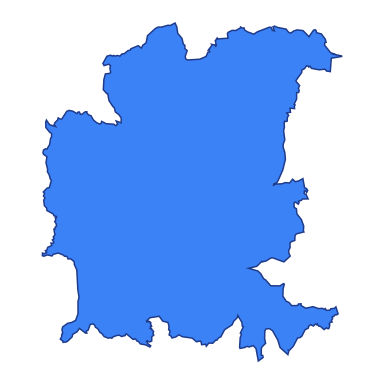 outline of Tapalpa, Jalisco, Mexico
{"feature_id": "50627088B26698937893318", "entity_name": "Tapalpa", "entity_type": "district", "adm_level": 2, "iso_a3": "MEX", "parent_name": "Mexico", "parent_adm1": "Jalisco", "projection": "albers", "projection_center": [-103.771, 19.947], "detail": "fine", "context": "isolated", "style": "filled", "palette": "blue", "viewbox_px": 384, "rotation_deg": 0, "n_neighbors": 0, "source": "geoboundaries", "source_scale": "gbopen_adm2", "svg_char_len": 5885}
<svg xmlns="http://www.w3.org/2000/svg" viewBox="0 0 384 384"><path d="M341.5,55.9L333.3,54.2L334.0,53.8L330.7,52.8L324.6,45.2L324.8,42.5L326.1,42.3L325.3,39.2L321.3,33.9L316.6,32.7L316.1,30.6L315.0,29.7L313.4,30.3L309.0,36.7L303.0,30.6L297.1,29.9L293.9,30.9L290.8,33.1L288.6,32.3L286.1,29.1L277.0,27.3L274.7,26.1L273.0,26.8L274.4,30.9L272.4,30.4L271.2,27.4L269.4,27.2L257.4,31.8L253.8,34.2L247.4,31.8L244.6,30.0L244.0,27.9L242.2,28.1L240.6,27.0L240.1,28.1L235.8,30.5L232.0,30.4L228.2,32.3L227.4,33.5L228.0,38.2L217.9,38.9L217.2,38.0L216.7,38.7L217.4,38.9L215.3,40.5L216.3,45.8L215.5,46.2L214.8,44.9L211.7,44.4L212.2,45.0L208.3,50.1L209.2,50.2L209.7,52.0L208.1,52.0L206.0,56.5L199.8,59.2L187.2,60.0L185.7,58.8L185.2,56.4L187.2,50.6L184.8,48.5L184.9,45.4L183.3,44.0L182.0,38.4L177.7,33.3L176.8,27.0L175.1,23.0L170.0,25.6L168.2,25.2L161.5,27.1L158.0,27.1L155.4,28.5L147.5,35.7L146.1,42.8L142.8,45.2L141.4,48.1L138.2,45.7L130.8,48.8L130.4,50.0L127.9,50.7L124.2,53.7L121.8,54.0L120.0,56.1L117.6,55.5L114.8,56.1L113.6,55.4L112.6,56.1L110.5,55.2L106.9,56.2L102.9,63.5L104.1,65.6L108.6,64.2L110.6,65.7L109.9,67.9L110.6,72.4L109.7,73.4L105.4,73.9L103.9,79.5L103.3,89.7L106.8,93.6L107.7,93.6L109.0,100.6L112.9,106.6L114.3,107.6L115.3,111.9L118.9,114.7L121.2,117.9L121.1,122.8L116.2,121.0L117.6,124.2L115.5,125.7L113.8,124.2L106.3,123.7L101.6,121.4L101.1,123.3L100.0,124.1L96.8,122.8L93.5,120.1L90.9,115.6L88.8,115.0L87.0,113.3L86.9,111.8L85.2,111.8L81.8,114.4L80.3,114.2L79.4,112.0L78.2,112.0L76.9,113.5L72.6,111.1L69.0,110.4L66.7,111.4L61.8,119.0L60.3,119.1L58.2,117.9L57.5,120.1L55.1,122.4L54.1,124.6L55.5,126.5L49.6,124.7L46.4,120.1L45.7,122.1L45.9,127.6L49.7,132.3L51.6,133.5L51.5,137.0L50.6,138.3L49.6,144.6L46.8,149.2L45.4,148.8L43.5,150.0L43.0,152.8L43.5,154.3L46.9,156.7L46.0,162.8L47.6,169.1L47.4,171.8L49.2,174.9L50.3,179.1L51.4,180.2L49.3,187.6L47.1,188.1L43.3,192.0L44.6,193.3L43.5,196.0L45.0,198.0L43.7,200.1L44.4,205.7L46.5,207.8L47.0,210.6L53.0,213.8L54.1,215.9L56.3,216.4L56.6,217.5L55.3,217.8L55.8,219.7L54.7,221.7L56.1,223.5L56.5,226.2L55.2,227.1L55.1,228.8L53.9,229.1L54.9,234.8L53.2,237.0L54.1,238.6L52.3,239.9L53.7,241.7L53.3,243.3L51.0,243.1L51.8,245.5L47.6,247.4L47.0,249.9L45.4,250.7L46.7,252.4L44.1,253.7L42.5,253.1L42.4,255.7L43.9,256.2L47.5,254.9L52.0,256.0L53.2,254.4L58.2,253.0L63.6,255.2L64.4,256.2L66.8,256.3L68.1,259.0L70.6,258.8L74.2,261.7L74.3,264.4L76.8,270.0L77.8,289.1L79.0,297.4L78.0,301.4L78.0,313.9L75.6,320.4L71.5,322.5L67.7,323.3L62.7,326.9L62.0,329.4L62.7,333.4L61.7,334.4L61.7,336.7L60.3,339.1L62.9,341.2L63.1,342.4L66.5,341.9L68.4,340.5L72.1,336.9L72.7,334.4L77.2,331.7L79.4,328.4L85.5,333.1L86.8,333.1L86.1,331.3L88.1,330.2L90.2,324.4L93.2,323.9L95.1,325.7L95.2,327.0L97.9,328.9L100.1,332.6L101.5,333.2L104.2,336.6L108.4,338.2L110.5,337.6L111.8,338.3L113.0,336.9L116.8,335.5L119.3,335.2L121.6,336.5L125.3,335.5L125.4,334.4L126.5,333.9L133.1,339.4L135.6,338.9L136.9,341.0L138.6,341.6L140.3,343.9L145.8,344.9L149.9,347.0L150.7,345.8L148.1,343.9L146.5,341.4L147.2,340.7L149.3,342.0L151.7,341.1L151.8,336.7L153.8,335.1L152.9,333.4L153.6,331.8L152.7,330.2L151.7,329.9L151.6,328.8L150.1,328.4L150.8,327.5L150.5,326.5L151.6,326.3L150.4,323.5L150.9,322.8L149.8,321.7L148.8,321.9L148.7,321.2L146.8,321.9L146.5,321.0L150.0,317.7L159.3,316.3L162.6,321.1L168.0,322.5L169.0,326.5L168.6,329.8L170.1,330.8L169.1,334.9L170.9,336.0L172.0,338.0L176.1,336.8L178.9,334.8L182.3,336.7L192.2,338.1L196.5,341.8L200.2,341.0L201.1,341.9L201.6,344.7L205.8,344.3L206.3,346.2L208.8,343.1L212.8,343.2L215.8,340.0L216.9,340.2L218.5,337.9L220.8,336.9L224.6,329.7L232.1,324.8L233.8,321.1L237.3,317.7L237.8,315.4L241.9,322.4L242.3,326.2L243.4,326.7L240.3,333.2L241.5,334.2L240.2,337.6L239.6,347.4L240.0,348.4L244.7,347.5L246.8,346.3L249.0,347.0L253.2,345.6L256.0,348.5L258.3,361.0L263.1,357.5L262.7,355.4L261.3,355.2L261.3,348.8L262.0,346.9L265.6,343.3L264.6,338.5L264.8,331.3L265.7,329.2L266.6,328.8L269.5,328.7L272.5,330.6L277.8,340.0L280.1,347.6L287.9,354.6L288.8,351.3L288.3,350.2L289.4,350.3L293.3,346.2L297.6,338.0L300.0,337.6L301.9,336.1L305.1,329.7L308.2,328.2L308.7,326.3L310.5,324.7L313.4,326.0L315.5,324.0L316.8,324.8L317.3,324.0L318.5,326.0L320.6,326.5L324.1,329.6L326.2,327.9L328.2,328.8L329.1,328.1L329.8,324.9L329.2,323.8L330.4,322.3L332.1,322.0L331.4,320.7L332.6,318.6L332.1,316.9L333.8,316.4L335.2,314.7L336.5,314.9L338.1,313.9L335.9,306.9L334.4,308.3L330.7,308.8L329.9,310.2L326.2,310.3L325.3,308.5L324.0,309.2L322.4,308.3L318.7,308.6L313.0,306.7L305.8,308.2L301.1,305.6L301.1,303.8L298.4,304.0L297.9,305.3L296.2,305.6L291.7,305.6L289.0,302.5L286.2,301.2L282.9,296.2L283.1,288.9L284.3,284.2L283.5,283.6L279.9,285.9L270.8,285.8L265.6,279.9L263.6,278.7L260.8,273.8L257.9,271.0L248.5,268.3L256.8,266.3L261.9,261.3L262.3,261.9L266.3,260.9L270.8,258.0L272.9,257.9L283.9,261.9L290.2,256.1L288.8,253.0L288.7,250.6L290.1,247.6L290.0,243.1L291.4,241.6L294.8,240.5L295.0,235.8L296.3,233.9L303.9,231.9L303.4,231.2L303.7,226.1L301.4,219.6L296.9,213.9L296.4,208.7L294.2,207.4L294.0,202.9L295.6,202.1L298.3,204.2L299.1,202.6L298.5,201.2L301.4,200.3L302.5,199.0L308.1,198.9L306.1,194.7L304.2,193.6L304.4,190.8L305.4,190.5L306.6,192.6L307.7,190.4L306.3,188.4L304.6,187.9L302.9,178.6L298.8,180.9L295.3,181.7L292.6,179.2L289.5,183.0L285.4,182.6L281.8,183.8L275.5,184.1L273.6,185.2L273.7,184.2L276.9,182.5L278.2,180.4L282.8,169.9L285.4,159.4L284.8,152.4L283.1,147.1L283.3,144.0L284.8,139.9L283.6,130.8L284.4,127.3L284.1,122.5L284.9,121.1L286.0,121.6L287.2,121.1L287.4,117.2L288.7,115.5L286.8,112.9L290.5,112.3L290.0,108.2L294.6,108.6L294.3,106.3L295.1,105.0L294.1,104.3L296.6,99.1L296.6,92.6L298.6,92.5L299.2,90.6L298.4,88.2L299.6,85.6L296.1,81.4L296.1,80.3L301.6,72.7L301.9,70.0L304.6,68.6L306.5,65.9L308.5,66.2L308.9,67.1L310.0,66.3L311.6,68.4L319.2,69.8L325.0,69.2L326.5,71.0L330.3,71.6L331.3,58.2L341.6,56.5L341.5,55.9Z" fill="#3b82f6" stroke="#1e3a8a" stroke-width="1.5"/></svg>